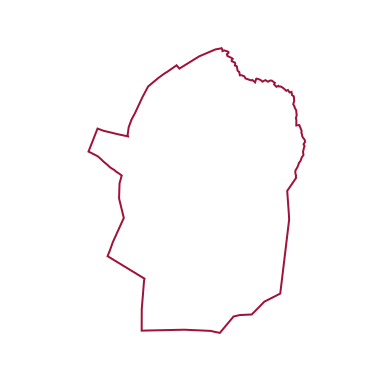 outline of Santa Inés del Monte, Oaxaca, Mexico, rotated 194°
{"feature_id": "50627088B35228848025668", "entity_name": "Santa Inés del Monte", "entity_type": "district", "adm_level": 2, "iso_a3": "MEX", "parent_name": "Mexico", "parent_adm1": "Oaxaca", "projection": "natural_earth1", "projection_center": [-96.856, 16.922], "detail": "fine", "context": "isolated", "style": "outline", "palette": "rose", "viewbox_px": 384, "rotation_deg": 194, "n_neighbors": 0, "source": "geoboundaries", "source_scale": "gbopen_adm2", "svg_char_len": 1900}
<svg xmlns="http://www.w3.org/2000/svg" viewBox="0 0 384 384"><g transform="rotate(194 192 192)"><path d="M166.2,56.5L140.5,61.7L130.9,62.0L121.6,81.2L115.8,84.2L104.4,87.6L95.3,103.1L81.8,114.8L91.1,189.0L91.9,191.3L92.0,191.9L94.3,199.0L99.9,216.1L94.4,230.9L94.9,231.7L95.0,233.2L95.8,234.3L96.6,236.3L96.8,238.1L96.4,239.3L95.8,241.3L95.4,243.6L95.3,246.0L94.3,248.2L93.8,252.3L92.8,254.8L94.0,257.8L94.1,262.2L93.9,263.8L94.9,264.9L95.3,265.3L95.1,266.1L94.4,268.0L95.3,269.9L97.8,271.9L98.7,273.1L99.4,274.8L100.1,275.6L100.5,278.0L104.1,282.9L106.9,281.8L108.1,287.0L109.1,288.8L109.0,289.7L109.0,291.8L110.7,296.5L112.9,298.8L113.2,299.8L115.0,301.6L114.9,305.1L116.3,309.4L118.3,310.2L119.7,313.2L121.4,312.2L123.6,314.2L125.0,313.0L128.1,314.7L131.2,315.8L133.5,315.4L133.9,315.9L135.6,314.5L138.4,316.3L138.0,317.9L141.6,319.4L143.0,319.1L145.0,317.4L147.7,318.3L149.0,317.4L150.3,316.1L152.9,317.4L156.6,317.7L157.1,317.4L157.3,313.7L160.6,315.3L161.6,314.6L167.5,315.1L169.3,316.9L172.0,317.3L173.8,316.8L175.2,319.9L177.0,320.6L179.0,324.9L181.0,325.1L181.1,327.0L181.8,328.0L185.1,328.5L185.4,329.7L184.7,331.0L185.9,331.6L190.6,332.6L191.5,334.1L190.3,335.6L190.4,336.5L190.9,336.9L194.9,337.2L196.5,336.1L197.0,337.4L197.9,338.6L198.3,338.7L198.5,338.4L202.2,336.7L203.8,336.0L217.7,325.5L234.1,308.7L237.6,311.2L245.4,302.3L247.6,300.1L252.4,294.3L260.1,283.8L263.0,272.2L266.4,254.7L268.2,247.7L269.1,239.6L268.3,231.9L267.5,230.5L270.3,230.4L278.5,230.1L283.4,230.1L292.7,230.0L299.0,230.7L302.2,206.2L291.9,203.8L287.1,201.2L285.8,200.4L282.4,198.7L281.8,198.5L279.3,197.1L277.5,196.1L274.3,195.0L273.8,194.8L273.2,194.8L272.7,194.6L271.1,193.6L268.5,192.7L266.8,192.1L266.6,192.0L264.2,191.0L264.4,182.8L261.2,168.1L251.9,150.3L256.7,124.1L257.5,115.8L258.4,109.3L217.1,96.4L217.1,94.5L212.4,66.1L207.3,45.3L166.2,56.5Z" fill="none" stroke="#9f1239" stroke-width="2"/></g></svg>